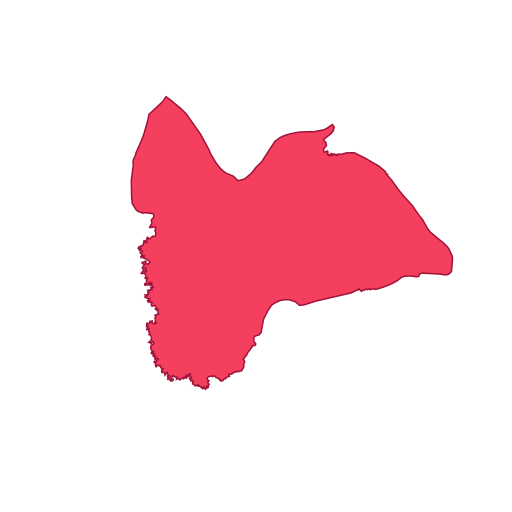 Tha Bo, Nong Khai, Thailand (orthographic projection), rotated 305°
{"feature_id": "78962969B97829088345215", "entity_name": "Tha Bo", "entity_type": "district", "adm_level": 2, "iso_a3": "THA", "parent_name": "Thailand", "parent_adm1": "Nong Khai", "projection": "orthographic", "projection_center": [102.483, 17.794], "detail": "fine", "context": "isolated", "style": "filled", "palette": "rose", "viewbox_px": 512, "rotation_deg": 305, "n_neighbors": 0, "source": "geoboundaries", "source_scale": "gbopen_adm2", "svg_char_len": 6162}
<svg xmlns="http://www.w3.org/2000/svg" viewBox="0 0 512 512"><g transform="rotate(305 256 256)"><path d="M332.6,401.0L334.8,400.3L337.1,401.7L346.0,415.9L349.3,422.2L350.9,423.9L354.1,424.9L355.6,424.9L366.3,418.7L368.6,416.6L372.1,410.6L373.3,407.5L374.1,403.1L375.5,385.2L377.1,380.2L381.3,371.7L382.7,366.6L387.1,354.7L389.5,343.7L392.1,334.5L396.0,323.3L397.4,317.5L398.4,316.8L397.7,316.0L399.4,313.4L400.1,305.4L398.7,288.8L396.9,277.1L392.4,271.0L387.6,266.9L386.9,264.9L385.2,265.0L384.4,264.4L385.2,263.4L384.2,262.6L384.5,261.7L383.9,261.5L383.1,258.9L382.2,259.7L382.3,260.6L381.2,260.0L380.8,259.3L381.4,258.5L380.8,258.2L381.0,257.7L379.9,257.8L380.1,256.3L382.4,255.4L383.0,254.4L380.4,252.6L380.2,251.9L382.3,250.0L386.9,250.4L389.3,247.9L389.3,246.1L390.1,244.5L398.9,247.2L402.6,247.5L406.4,246.2L407.5,243.1L401.6,241.0L398.3,239.2L390.3,231.4L389.0,229.1L382.0,220.0L376.0,214.2L371.3,210.4L366.8,207.7L360.5,205.7L336.2,206.6L329.0,205.2L320.8,204.7L312.4,202.4L307.3,198.0L308.4,191.8L306.7,183.8L306.9,179.0L307.6,175.5L309.4,169.7L313.4,160.8L316.3,156.1L324.0,140.6L332.4,117.4L333.7,109.7L334.8,96.2L334.9,90.9L329.0,91.0L310.7,87.1L305.5,89.4L291.9,94.1L285.9,95.7L271.3,98.6L268.9,99.7L265.8,100.0L262.8,101.0L260.0,103.4L246.7,110.3L233.3,120.0L227.9,124.7L225.2,130.9L224.8,133.6L226.3,138.9L228.1,140.7L231.5,147.2L231.1,148.6L229.0,150.0L225.5,149.5L222.9,152.0L218.6,152.3L218.4,153.0L221.3,155.7L222.1,157.4L218.5,158.9L217.4,160.8L214.6,162.1L214.0,161.9L213.0,160.0L208.5,158.9L208.3,158.3L209.2,157.1L208.9,156.3L205.8,157.2L205.3,158.4L204.4,158.7L203.5,157.7L204.6,156.1L204.4,155.5L200.0,157.3L196.6,154.9L194.7,155.0L194.6,156.0L196.3,156.9L195.7,157.5L193.6,157.5L193.8,158.3L194.9,159.2L194.8,160.2L193.8,160.5L192.2,159.4L191.8,162.1L189.3,162.1L188.7,162.7L189.0,163.4L191.6,163.5L192.0,164.2L189.9,165.2L190.7,169.4L190.1,172.7L187.9,172.5L186.9,171.1L187.0,169.8L187.3,169.3L188.5,169.1L188.5,168.5L186.2,167.2L185.7,166.4L185.1,166.5L184.7,167.2L185.2,169.6L181.4,169.5L180.7,170.2L180.8,171.7L183.0,172.2L182.9,172.9L181.4,173.6L181.2,174.8L180.6,174.7L179.7,173.3L180.0,172.0L176.0,171.9L176.3,172.9L178.6,175.1L177.3,175.8L175.7,178.0L174.6,177.6L174.1,178.1L175.7,179.6L175.6,180.0L173.9,180.0L170.2,182.0L169.5,180.8L168.4,181.6L168.6,182.3L170.2,182.9L170.1,183.8L171.5,183.8L171.0,184.9L172.4,185.2L173.1,184.3L173.2,185.5L174.4,185.9L174.1,186.3L171.5,186.6L172.6,187.5L171.7,188.1L171.6,189.6L169.8,188.1L169.0,190.1L168.6,190.2L168.3,188.9L167.0,189.2L166.8,188.0L165.7,186.9L164.9,187.8L164.4,189.4L163.5,188.7L162.6,189.7L161.7,188.8L160.7,189.7L160.4,187.6L159.9,188.4L158.5,188.6L159.2,192.1L160.2,193.5L158.8,193.6L157.2,192.7L156.4,194.1L156.6,194.8L158.1,194.9L158.5,195.5L157.6,196.4L158.4,197.7L156.5,197.7L155.2,199.1L155.7,200.1L157.2,201.1L157.1,203.2L156.3,204.0L154.9,203.8L154.6,205.4L156.1,205.2L156.3,205.8L155.6,206.7L154.0,207.6L152.7,209.5L152.1,209.5L151.6,208.4L149.4,207.3L149.1,208.7L147.3,208.8L143.4,212.6L143.2,212.3L143.5,211.3L142.1,211.7L141.5,209.4L141.9,208.8L143.1,208.7L143.3,208.1L142.2,207.6L141.6,206.5L140.6,207.4L139.0,206.8L138.8,205.4L138.2,205.2L135.3,206.8L135.5,207.3L136.6,207.4L136.3,208.2L133.0,208.6L133.0,209.0L135.0,209.8L135.1,210.3L132.4,211.4L132.0,213.4L130.2,213.4L130.7,214.9L129.3,217.3L126.4,218.4L123.7,217.6L124.5,220.4L126.6,220.2L126.9,220.8L126.6,221.6L125.7,222.3L124.0,222.3L123.0,221.2L120.1,222.5L118.9,224.4L119.1,227.1L118.5,227.0L118.4,225.9L117.0,225.6L116.1,226.2L116.2,227.0L117.8,227.5L117.6,229.2L117.2,229.3L116.1,228.6L115.0,229.1L114.9,229.5L116.2,231.2L114.5,231.4L113.3,232.8L113.4,233.3L114.4,233.0L115.6,233.6L115.8,234.3L115.4,235.2L113.7,234.7L112.2,234.9L111.6,234.4L111.6,233.4L110.9,233.2L110.3,233.7L111.0,235.1L109.4,235.9L107.9,237.3L108.1,237.8L110.0,238.1L110.6,239.7L111.4,240.0L109.9,242.2L110.2,244.8L108.4,244.1L106.8,245.4L106.7,246.1L107.5,246.5L107.9,247.4L107.5,248.5L106.2,249.7L109.7,249.9L107.7,252.7L108.2,253.5L107.3,253.4L107.2,252.5L106.8,252.3L106.3,252.9L106.1,254.2L104.7,254.0L104.5,254.3L105.2,254.8L105.3,255.9L104.8,256.9L104.9,258.2L105.8,259.1L106.7,259.3L107.7,258.7L106.6,257.5L107.8,255.7L109.0,255.9L109.1,256.9L109.9,256.4L110.5,256.7L110.5,259.6L111.5,260.8L109.4,261.6L110.5,262.3L111.2,263.4L110.9,264.8L112.9,265.1L114.5,266.1L113.9,267.1L115.8,267.6L115.9,269.0L117.0,268.8L117.4,268.3L116.7,268.1L116.5,267.3L117.8,267.6L118.7,267.3L118.9,268.3L118.0,268.5L118.1,269.5L121.0,269.0L121.8,269.7L121.5,270.4L120.1,270.0L119.5,270.3L119.7,271.9L118.8,273.2L118.0,272.8L117.8,271.6L117.4,271.7L117.0,273.7L116.4,274.2L117.3,274.7L117.5,275.7L116.6,276.0L116.7,276.9L114.9,277.3L115.2,279.8L114.6,280.5L115.2,281.3L116.0,281.3L116.3,282.4L117.2,282.2L117.5,282.5L117.3,283.4L116.4,283.6L117.2,284.9L116.7,287.6L117.5,287.2L117.6,288.6L119.0,288.5L118.9,289.0L117.7,289.2L118.2,289.8L117.8,290.8L118.7,290.6L118.7,291.2L119.8,291.6L120.6,290.8L120.4,291.9L120.8,292.2L121.5,292.1L121.3,291.4L122.0,291.5L122.3,290.9L124.0,291.3L124.7,288.8L126.8,289.1L126.9,287.0L128.2,286.1L129.8,286.2L131.8,288.0L132.5,289.9L133.4,289.7L133.6,290.1L134.0,291.7L133.5,293.0L134.3,295.6L133.7,296.8L134.4,297.5L133.7,297.8L133.5,299.1L134.8,300.3L137.4,300.4L138.0,301.6L139.2,301.3L140.4,301.8L141.4,302.5L141.6,303.1L142.5,303.1L142.9,302.0L143.8,301.6L145.0,303.6L146.1,304.1L146.7,303.8L147.4,304.7L148.5,304.8L149.2,306.0L150.8,306.3L150.7,307.3L151.2,308.0L154.0,310.1L157.9,309.7L160.9,307.7L162.6,307.6L163.9,305.9L164.1,304.7L169.4,305.2L171.9,304.6L176.6,304.9L178.2,304.6L179.0,305.0L180.8,304.5L181.8,306.3L183.1,306.6L184.1,305.9L184.8,303.4L187.4,301.3L189.5,300.9L193.2,303.8L196.2,304.1L208.4,298.5L218.1,297.1L224.6,297.0L227.8,298.1L233.2,301.1L235.6,303.4L239.1,308.0L241.1,314.6L240.5,319.9L243.4,323.3L253.4,330.9L280.3,355.1L284.7,357.6L285.9,357.8L286.9,359.3L287.5,359.0L288.3,359.2L287.5,362.6L289.5,363.4L290.4,364.5L292.1,365.0L292.4,366.8L293.9,367.4L294.0,369.2L295.1,369.5L296.1,370.5L296.9,372.6L298.4,374.1L303.7,378.3L311.1,383.1L316.8,385.9L321.7,387.3L324.8,389.4L328.7,394.7L331.0,399.5L332.6,401.0Z" fill="#f43f5e" stroke="#9f1239" stroke-width="1.5"/></g></svg>